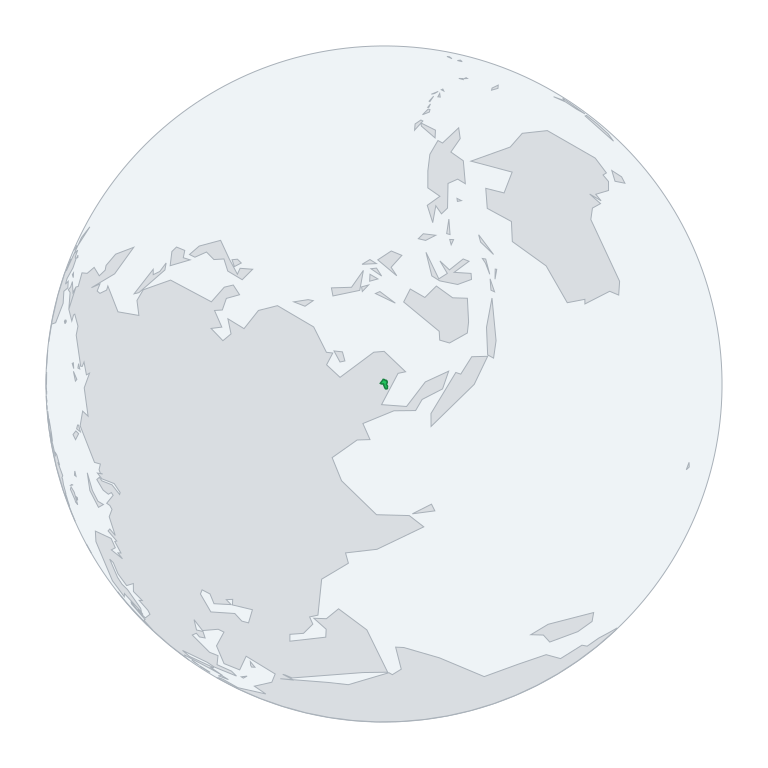 the Earth from above Pouthisat, rotated 262°
{"feature_id": "KHM-1780", "entity_name": "Pouthisat", "entity_type": "Province", "adm_level": 1, "iso_a3": "KHM", "parent_name": "Cambodia", "parent_adm1": "", "projection": "orthographic", "projection_center": [103.597, 12.527], "detail": "fine", "context": "on_globe", "style": "filled", "palette": "green", "viewbox_px": 768, "rotation_deg": 262, "n_neighbors": 0, "source": "natural_earth", "source_scale": "10m", "svg_char_len": 10704}
<svg xmlns="http://www.w3.org/2000/svg" viewBox="0 0 768 768"><g transform="rotate(262 384 384)"><circle cx="384" cy="384" r="338" fill="#eef3f6" stroke="#a8b0b8"/><path d="M699.6,491.9L699.0,494.1L698.8,494.5L699.6,491.9ZM538.3,83.3L539.2,84.0L551.6,91.3L540.2,85.1L571.2,104.9L580.6,114.6L563.1,99.6L556.1,95.3L559.2,99.3L552.6,95.9L550.3,96.2L542.2,92.1L532.7,84.9L527.2,82.5L529.7,85.6L523.2,84.3L520.4,79.9L508.6,77.5L490.4,67.4L489.5,63.1L472.6,57.9L472.3,57.8L494.8,64.8L516.9,73.3L538.3,83.3ZM562.0,97.9L559.5,95.8L564.1,99.1L562.0,97.9ZM551.4,97.0L554.2,98.9L551.8,98.4L551.4,97.0ZM537.3,92.0L532.6,91.1L535.7,90.6L537.3,92.0ZM528.8,89.7L517.7,88.7L522.9,92.4L501.9,82.3L518.3,85.9L521.3,84.5L523.7,87.2L528.8,89.7ZM492.1,77.4L488.0,76.5L490.5,76.2L492.1,77.4ZM464.2,55.7L454.1,53.5L452.5,53.3L446.1,51.8L464.2,55.7ZM430.7,49.3L438.2,50.5L434.1,49.8L440.9,51.0L433.7,50.0L429.7,49.2L428.4,49.1L426.2,48.8L425.6,48.6L430.7,49.3ZM409.8,47.1L410.1,47.1L408.3,47.0L409.8,47.1ZM419.2,47.9L413.2,47.3L413.4,47.4L419.2,47.9ZM430.3,49.7L442.3,51.5L442.8,51.6L430.3,49.7ZM406.5,46.8L408.4,47.0L405.5,46.8L406.5,46.8ZM422.7,48.6L426.9,49.1L427.3,49.2L422.7,48.6ZM408.7,47.2L406.3,46.9L409.4,47.1L408.7,47.2ZM414.9,47.8L414.5,48.0L412.0,47.3L416.8,47.9L414.9,47.8ZM422.4,48.7L424.0,49.0L420.6,48.5L422.4,48.7ZM398.2,47.2L394.2,46.4L401.2,46.6L404.0,47.2L398.2,47.2ZM116.1,178.1L116.1,179.7L114.0,183.4L103.6,197.1L93.5,223.8L102.8,213.6L104.3,231.4L112.0,235.9L133.6,209.6L121.0,201.3L129.4,186.7L148.0,181.7L160.6,191.0L164.2,185.7L165.1,170.0L177.1,163.1L166.5,164.1L164.1,170.3L157.4,171.5L159.2,166.1L163.3,163.5L162.1,159.2L142.6,173.9L138.1,181.8L129.3,179.6L120.9,193.0L115.3,197.3L127.4,176.5L133.1,170.1L148.2,147.4L141.3,153.5L126.7,176.0L127.2,173.2L117.9,183.5L125.5,173.5L143.2,149.0L141.3,149.0L137.7,152.6L155.1,135.5L173.6,119.6L172.3,120.9L183.5,113.4L184.0,114.6L201.2,103.5L203.8,103.0L192.9,109.4L185.6,115.1L188.5,120.2L192.8,118.7L203.8,111.5L203.2,114.5L213.4,107.0L221.3,108.0L220.2,101.1L233.0,94.2L244.8,91.1L248.8,88.0L229.7,93.2L222.2,96.7L216.1,101.4L195.7,111.8L191.9,112.1L212.6,97.8L209.6,97.2L227.0,87.7L268.0,76.8L278.5,77.7L269.0,92.3L259.2,95.1L257.7,90.9L247.3,100.7L253.8,97.0L253.3,100.0L265.5,95.5L265.7,97.5L276.9,90.3L278.6,92.3L271.4,96.8L290.8,93.4L297.7,97.2L301.9,95.6L304.5,92.8L311.5,100.3L314.4,98.9L313.2,95.7L318.0,91.1L329.4,86.3L331.2,89.1L327.3,91.2L322.0,100.6L311.4,106.8L313.3,107.6L322.9,103.0L329.4,91.4L335.7,87.8L334.0,92.9L335.1,90.7L338.8,89.9L344.2,92.0L346.7,86.4L384.9,77.3L399.1,81.8L393.3,86.5L421.9,86.6L435.7,93.9L434.5,90.6L447.5,90.0L443.4,87.6L443.8,86.1L475.2,86.0L483.9,89.0L496.2,87.5L495.6,86.2L489.8,83.6L501.9,82.3L522.9,92.4L523.2,94.8L536.1,100.4L534.9,105.5L539.8,113.2L530.8,117.1L535.5,123.7L540.1,125.3L549.9,136.3L554.2,155.2L530.6,132.6L520.1,107.7L522.6,116.6L516.0,112.9L513.3,115.3L515.6,122.4L519.5,124.2L492.5,130.6L486.0,150.8L501.1,151.0L510.8,158.7L516.6,187.1L489.4,224.5L502.1,239.3L503.0,248.5L492.5,253.4L490.7,239.8L479.8,234.2L480.4,226.4L462.9,231.3L463.1,220.5L449.3,230.5L454.9,239.5L470.3,238.5L458.3,253.1L474.3,269.9L476.4,289.4L450.3,322.3L423.4,331.4L421.8,337.6L411.0,329.8L396.7,341.4L416.9,378.3L416.3,388.7L393.1,407.1L392.6,399.4L363.9,378.7L358.6,403.2L380.3,425.2L387.7,449.8L371.0,441.3L363.4,419.6L353.3,411.6L356.1,390.1L347.8,357.6L330.9,362.4L332.3,349.6L318.3,322.4L294.1,328.5L255.6,358.4L250.2,390.7L237.0,403.5L221.3,354.1L222.1,322.4L211.5,323.8L199.4,295.1L164.3,286.4L163.7,277.9L156.1,280.1L148.3,269.6L149.2,256.0L142.4,255.0L141.4,291.1L149.2,292.6L161.8,281.9L159.6,294.3L167.7,307.7L142.9,332.8L98.1,347.5L101.2,322.9L105.7,252.1L109.7,245.5L110.0,244.8L110.6,243.3L103.3,253.5L106.6,240.3L96.2,287.3L91.2,306.8L97.4,348.7L95.0,351.8L99.2,361.4L121.8,358.9L120.3,366.9L105.1,400.8L80.3,442.5L87.9,478.2L93.4,506.9L87.5,520.6L97.8,543.7L96.1,548.7L102.5,561.3L106.6,572.4L110.0,581.0L107.3,578.0L94.4,558.1L82.9,537.3L72.8,515.7L64.3,493.5L57.4,470.8L52.1,447.6L48.5,424.1L46.5,400.4L46.2,376.6L47.5,352.9L50.5,329.3L55.2,306.0L61.5,283.1L69.4,260.6L78.9,238.8L89.8,217.7L102.2,197.4L116.1,178.1ZM166.3,216.6L178.8,222.3L186.3,203.2L191.8,204.2L192.4,197.8L186.8,201.9L190.1,185.1L200.3,182.5L205.5,175.2L201.6,173.0L182.4,180.8L177.5,204.3L169.0,210.2L166.3,216.6ZM191.3,106.4L193.5,104.9L214.2,91.8L215.4,91.4L211.3,93.7L210.0,94.7L202.9,98.8L183.8,112.3L177.4,116.9L178.4,115.8L191.3,106.4ZM267.0,67.0L264.9,67.8L257.6,70.6L257.4,70.7L267.0,67.0ZM293.9,58.3L291.0,59.1L291.6,59.0L293.9,58.3ZM372.5,46.3L371.6,46.3L380.2,46.1L372.5,46.5L375.5,46.6L371.0,47.5L358.1,48.6L362.6,48.7L359.3,50.1L348.7,51.5L351.9,50.1L337.9,53.1L336.0,52.0L334.5,52.5L328.9,52.6L319.5,53.8L320.2,53.3L316.2,54.1L312.5,54.6L307.3,55.6L306.6,55.3L300.2,56.8L303.6,55.9L292.7,58.7L300.5,56.6L298.3,57.1L322.7,51.7L347.5,48.1L372.5,46.3ZM398.8,46.4L398.6,46.4L394.9,46.3L397.6,46.4L393.4,46.4L394.5,46.7L389.3,46.6L396.5,47.4L381.5,47.8L373.1,47.7L384.6,46.3L382.8,46.1L386.0,46.1L398.8,46.4ZM118.2,179.3L117.8,180.9L118.7,181.8L112.9,188.8L118.2,179.3ZM129.9,162.6L130.5,162.5L122.7,171.7L123.1,170.5L129.9,162.6ZM137.6,155.1L131.2,161.7L134.9,157.4L137.6,155.1ZM194.2,109.3L195.6,109.3L193.2,111.1L189.3,113.3L194.2,109.3ZM307.0,63.9L310.2,62.1L312.2,61.9L323.4,58.8L325.7,59.8L319.9,62.2L307.0,63.9ZM127.7,213.0L121.5,216.8L122.1,213.5L124.1,212.8L127.7,213.0ZM113.9,201.9L113.8,207.8L112.3,203.8L113.9,201.9ZM311.4,64.5L315.8,62.9L314.2,64.5L311.4,64.5ZM328.0,60.6L327.3,62.1L327.3,59.6L328.0,60.6ZM257.0,671.4L264.0,675.2L259.3,674.7L257.0,671.4ZM123.2,513.1L128.5,559.8L119.9,557.0L111.8,541.5L105.4,512.2L113.2,506.9L115.3,494.5L123.2,513.1ZM472.3,508.5L482.3,510.1L481.9,511.6L472.3,508.5ZM462.0,503.0L473.4,503.7L459.9,506.3L462.0,503.0ZM477.9,504.0L489.6,501.3L494.6,498.9L493.6,502.1L477.9,504.0ZM454.1,502.9L411.3,501.0L394.4,496.1L398.4,490.7L425.9,493.4L454.1,502.9ZM397.0,490.5L371.1,473.3L335.4,424.7L348.2,426.4L385.4,456.7L383.1,461.4L398.8,474.7L397.0,490.5ZM459.8,464.0L457.3,478.5L433.7,476.4L422.9,473.6L415.5,454.6L419.7,445.3L428.5,446.0L462.5,414.9L474.4,423.2L464.0,436.5L473.7,449.5L459.8,464.0ZM251.5,394.0L258.4,414.3L251.3,416.7L251.5,394.0ZM476.1,392.8L462.5,406.5L474.8,388.1L476.1,392.8ZM483.3,375.3L484.2,382.5L478.6,375.4L483.3,375.3ZM421.6,347.3L412.3,348.5L411.9,343.5L423.7,339.1L421.6,347.3ZM477.9,306.1L478.1,320.6L476.4,325.5L472.0,316.6L477.9,306.1ZM337.4,77.8L319.2,80.4L307.7,84.4L303.7,89.4L301.6,84.1L319.4,77.9L337.4,77.8ZM378.9,76.7L382.4,73.4L386.0,74.8L385.8,75.8L378.9,76.7ZM377.3,74.7L371.8,70.8L377.2,69.0L380.4,72.3L377.3,74.7ZM340.9,65.7L335.4,66.2L336.8,64.8L340.9,65.7ZM621.4,620.5L621.8,621.9L612.2,631.1L600.5,640.8L592.5,645.1L621.4,620.5ZM549.3,650.5L552.6,641.0L563.7,639.3L556.1,648.1L549.3,650.5ZM629.3,613.0L638.0,603.1L644.9,591.9L639.6,601.8L642.2,600.8L623.5,620.6L629.3,613.0ZM518.1,611.7L452.9,631.6L439.4,628.8L444.4,620.4L435.3,594.1L439.9,594.7L439.0,576.8L478.4,561.0L507.2,530.9L527.2,532.8L543.5,510.7L563.6,512.0L556.5,529.5L576.0,540.4L592.6,501.1L601.1,542.0L613.0,555.8L612.2,581.0L578.3,624.6L562.1,633.6L560.5,630.0L553.3,634.5L544.4,633.3L542.4,620.1L535.2,624.5L543.5,614.1L532.5,623.5L529.2,614.9L518.1,611.7ZM660.0,531.4L662.0,532.2L664.1,538.7L660.9,538.0L660.0,531.4ZM694.1,501.7L694.1,504.8L692.3,506.3L694.1,501.7ZM698.8,494.5L696.7,496.6L699.6,491.9L698.8,494.5ZM675.2,505.6L675.9,508.0L674.9,509.1L675.2,505.6ZM674.4,504.9L676.2,500.6L675.5,504.8L674.4,504.9ZM665.8,484.0L667.4,481.7L667.9,483.3L665.8,484.0ZM497.0,510.5L511.1,499.4L518.6,498.5L497.0,510.5ZM664.0,479.6L660.3,479.6L660.9,477.3L664.0,479.6ZM664.6,474.4L664.4,471.2L666.2,478.4L664.6,474.4ZM657.8,468.0L662.1,473.2L657.2,468.7L657.8,468.0ZM654.9,469.0L651.6,466.8L651.9,465.8L654.9,469.0ZM614.5,475.5L627.3,493.6L616.4,493.6L604.4,482.5L594.0,493.6L571.0,492.4L576.6,485.5L573.7,475.3L549.4,471.4L544.5,464.6L553.3,460.1L537.0,454.7L554.9,451.7L562.1,465.5L572.1,454.7L589.0,457.1L605.1,461.4L617.6,471.3L614.5,475.5ZM554.6,482.1L557.7,482.1L554.8,486.2L554.6,482.1ZM645.3,459.6L650.1,466.0L649.4,467.7L647.0,466.8L645.3,459.6ZM620.6,468.8L634.2,456.9L637.3,457.0L628.2,470.3L620.6,468.8ZM631.1,449.6L637.2,451.0L640.3,457.3L639.0,459.1L631.1,449.6ZM518.0,469.2L517.3,473.0L512.5,469.9L518.0,469.2ZM524.2,467.0L538.3,471.2L522.8,470.2L524.2,467.0ZM480.5,452.9L484.7,462.1L498.1,456.5L487.9,464.7L496.8,479.8L493.7,485.3L484.8,469.0L481.4,485.6L475.4,485.2L472.3,470.8L478.4,453.5L484.4,446.4L508.6,443.9L480.5,452.9ZM524.1,455.9L520.4,445.2L523.1,438.2L527.3,443.8L524.1,455.9ZM508.9,419.6L498.6,407.3L489.4,411.7L507.8,395.1L514.7,409.7L508.9,419.6ZM499.8,392.7L491.2,396.7L500.0,387.1L499.8,392.7ZM488.9,392.6L487.8,384.1L494.6,385.4L488.9,392.6ZM504.3,393.2L505.6,378.9L509.2,387.4L504.3,393.2ZM484.3,365.3L499.4,379.4L480.1,373.0L478.3,345.7L486.5,345.3L484.3,365.3ZM523.7,259.5L521.1,252.2L528.2,250.8L528.0,256.2L523.7,259.5ZM549.0,242.2L529.3,248.2L513.1,254.1L518.6,257.6L515.9,269.9L507.0,258.1L517.6,245.0L530.1,242.9L530.9,232.9L539.4,226.6L535.9,214.4L539.3,209.4L546.3,220.2L549.0,242.2ZM533.9,209.3L530.9,188.7L544.7,192.4L548.5,197.6L544.0,205.3L537.0,202.8L533.9,209.3ZM534.2,185.1L527.4,182.9L508.6,154.0L508.1,149.1L529.7,171.4L524.4,170.7L526.6,177.6L534.2,185.1ZM489.8,78.0L488.1,76.6L491.8,78.1L489.8,78.0ZM441.2,84.8L442.4,83.1L446.7,84.4L441.2,84.8ZM448.2,79.3L442.4,78.9L447.8,78.1L448.2,79.3ZM429.8,78.8L439.8,78.2L431.3,80.5L429.8,78.8Z" fill="#d9dde1" stroke="#a8b0b8" stroke-width="1"/><path d="M379.2,386.8L379.1,386.7L378.8,386.3L378.8,386.0L378.9,385.1L379.0,384.9L379.2,384.7L379.3,384.6L379.5,384.7L379.8,384.5L380.0,384.4L380.3,384.3L380.4,384.2L380.5,384.1L380.8,384.2L381.0,384.2L381.4,384.1L381.5,384.0L381.7,383.9L381.9,383.8L382.4,383.7L382.5,383.6L383.1,383.7L383.5,383.8L383.8,383.7L384.0,383.6L384.1,383.4L384.3,383.2L384.2,383.0L384.2,382.9L384.2,382.7L384.3,382.4L384.2,382.3L384.2,382.2L384.3,381.9L384.5,381.8L384.5,381.7L384.6,381.4L384.6,381.2L384.8,380.8L385.2,380.4L387.2,382.4L387.4,382.7L387.7,383.0L388.7,383.8L388.6,384.1L388.6,384.4L388.6,384.5L388.4,384.8L388.3,385.0L388.2,385.1L388.0,385.3L387.9,385.4L387.7,385.4L387.6,385.5L387.4,385.7L387.4,385.8L387.4,386.0L387.5,386.5L387.4,386.6L387.2,386.6L386.9,386.7L386.8,386.9L386.8,387.0L386.7,387.1L386.8,387.2L386.7,387.3L386.4,387.4L386.2,387.4L386.1,387.2L385.9,387.3L385.7,387.5L385.3,387.5L385.1,387.4L384.9,387.2L384.7,387.2L384.4,387.1L384.3,386.9L384.2,386.9L383.9,386.5L383.7,386.4L383.4,386.3L383.2,386.3L382.9,386.3L382.8,386.5L382.6,386.7L382.5,386.8L382.3,386.9L381.7,387.1L381.4,387.2L381.2,387.2L380.9,387.1L380.6,386.9L379.3,386.8L379.2,386.8L379.2,386.8Z" fill="#22c55e" stroke="#15803d" stroke-width="1.5"/></g></svg>